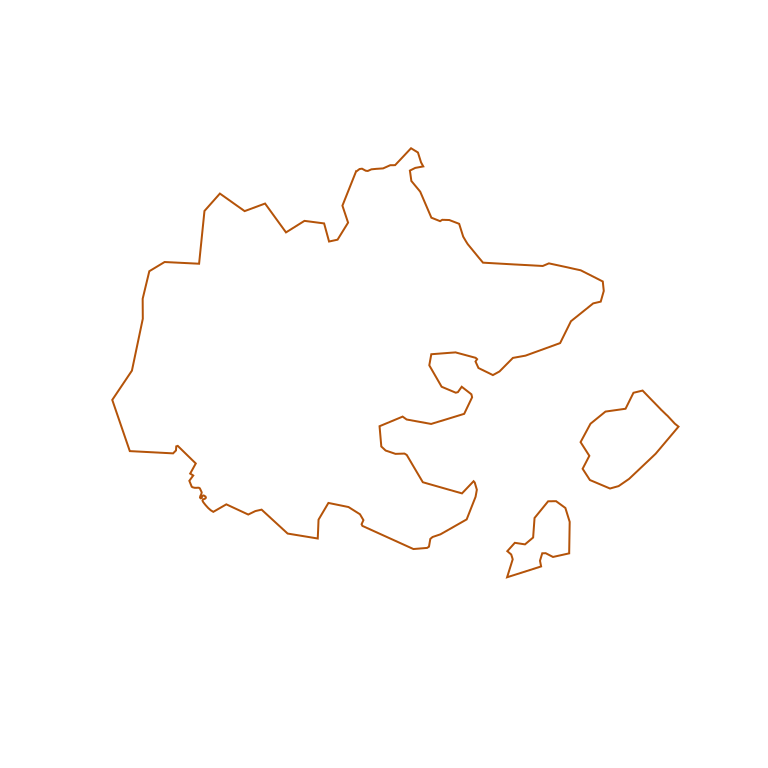 the district of Somerset, Maryland, United States of America, rotated 225°
{"feature_id": "52423323B97218068880690", "entity_name": "Somerset", "entity_type": "district", "adm_level": 2, "iso_a3": "USA", "parent_name": "United States of America", "parent_adm1": "Maryland", "projection": "robinson", "projection_center": [-75.835, 38.105], "detail": "fine", "context": "isolated", "style": "outline", "palette": "amber", "viewbox_px": 768, "rotation_deg": 225, "n_neighbors": 0, "source": "geoboundaries", "source_scale": "gbopen_adm2", "svg_char_len": 2832}
<svg xmlns="http://www.w3.org/2000/svg" viewBox="0 0 768 768"><g transform="rotate(225 384 384)"><path d="M321.6,227.9L326.9,233.7L334.3,241.7L334.4,241.9L339.2,260.6L338.9,260.8L322.1,271.9L308.9,274.9L302.3,273.2L300.7,269.0L298.9,268.4L246.5,288.1L237.6,298.6L237.2,300.8L241.7,307.2L241.6,308.8L241.5,309.6L241.5,310.1L237.8,317.6L229.8,346.7L239.5,369.0L243.6,374.9L250.2,378.5L251.9,378.6L251.5,361.8L264.4,354.6L280.4,345.7L281.1,345.3L287.1,342.0L305.8,346.8L317.7,349.9L320.3,349.3L326.5,342.7L331.4,340.3L335.8,338.1L341.7,337.9L357.3,351.0L348.1,373.3L347.8,374.1L342.9,374.9L322.4,389.1L321.1,391.6L315.0,403.0L306.2,419.6L312.3,436.9L314.9,438.5L317.5,438.2L327.1,437.0L326.0,430.5L327.1,428.6L341.3,422.8L365.1,429.2L365.3,429.4L371.6,438.5L359.0,453.2L355.7,457.0L355.1,457.3L348.0,461.4L337.9,467.2L337.7,467.3L335.7,467.4L335.2,464.6L328.5,462.1L316.9,466.1L313.3,467.3L311.2,474.5L311.3,493.6L304.0,504.1L288.4,537.5L296.2,560.6L294.3,577.8L293.1,588.9L289.0,595.5L294.4,605.2L301.8,611.2L304.8,610.2L325.3,603.5L331.2,599.7L336.6,596.3L352.7,585.9L355.2,579.7L365.6,570.4L376.6,560.5L399.8,539.8L406.6,540.4L423.7,542.1L426.8,542.8L432.2,544.2L444.1,550.4L444.6,550.2L453.8,546.1L458.9,541.3L459.5,538.8L468.1,535.1L494.4,545.6L508.2,546.9L514.7,551.8L516.6,553.2L514.7,558.9L510.1,565.6L514.5,566.9L523.7,571.7L531.6,569.8L530.9,546.6L534.3,543.1L537.1,535.8L540.6,531.8L541.4,530.9L544.7,526.9L546.1,523.2L547.7,521.9L551.8,520.7L553.3,518.7L553.9,514.4L554.0,514.4L539.5,480.7L523.5,472.7L518.9,453.2L523.6,445.9L539.9,455.2L555.6,443.1L560.5,421.9L595.7,427.5L604.8,407.7L634.7,402.6L633.3,379.4L599.8,338.3L625.4,315.1L629.7,297.8L614.9,273.6L600.7,259.6L571.7,215.2L564.9,180.6L516.3,156.8L484.1,185.8L484.1,189.9L486.8,193.0L486.1,194.4L460.9,194.7L457.7,183.6L454.2,184.4L453.2,177.9L447.3,175.4L446.2,175.7L444.4,176.8L441.6,179.7L440.4,180.0L436.3,178.5L435.3,176.9L434.6,174.8L433.8,173.6L432.9,173.5L432.4,174.5L433.1,176.0L433.1,177.0L432.7,177.7L430.6,178.2L429.5,177.6L429.4,176.6L430.3,174.4L430.1,173.4L429.5,173.0L428.1,172.6L424.6,172.2L420.7,172.0L417.3,172.2L414.3,172.9L410.4,187.4L387.7,195.7L385.1,203.2L381.7,208.6L346.4,210.1L321.6,227.9ZM196.5,562.2L201.4,554.2L195.7,537.3L207.9,521.1L209.9,501.9L203.9,481.9L188.0,478.4L183.6,464.5L171.5,461.9L170.5,461.7L150.3,469.9L145.9,477.7L143.6,490.2L143.4,497.3L142.8,519.0L142.6,526.8L145.6,562.1L150.3,561.6L150.5,561.6L161.4,562.0L162.1,561.9L169.0,561.8L169.6,561.7L170.3,561.8L184.9,562.0L196.5,562.2ZM143.9,366.1L148.7,369.3L151.4,374.3L152.4,376.2L150.0,378.7L145.0,380.3L142.2,381.2L133.3,395.2L134.3,396.2L155.2,417.8L168.1,424.6L179.5,422.8L185.0,417.1L182.8,395.7L170.0,380.9L170.9,370.3L179.2,364.2L178.6,353.0L173.5,353.4L170.4,351.8L169.0,351.0L160.3,334.4L143.9,366.1Z" fill="none" stroke="#b45309" stroke-width="2"/></g></svg>